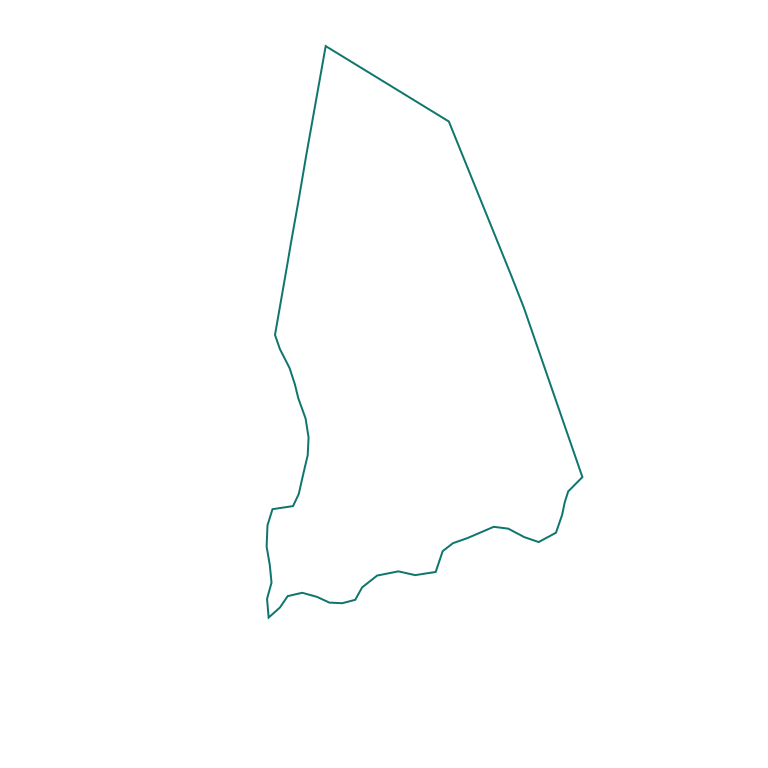 Piúma, Espírito Santo, Brazil (Mercator projection), rotated 121°
{"feature_id": "56859067B20948512760895", "entity_name": "Piúma", "entity_type": "district", "adm_level": 2, "iso_a3": "BRA", "parent_name": "Brazil", "parent_adm1": "Espírito Santo", "projection": "mercator", "projection_center": [-40.744, -20.839], "detail": "fine", "context": "isolated", "style": "outline", "palette": "teal", "viewbox_px": 768, "rotation_deg": 121, "n_neighbors": 0, "source": "geoboundaries", "source_scale": "gbopen_adm2", "svg_char_len": 778}
<svg xmlns="http://www.w3.org/2000/svg" viewBox="0 0 768 768"><g transform="rotate(121 384 384)"><path d="M361.6,166.0L246.5,303.5L224.9,331.6L125.6,463.6L124.4,608.0L228.9,568.1L269.8,552.1L311.3,536.3L329.4,529.2L398.1,502.7L407.7,491.2L419.0,473.1L430.2,460.2L440.3,450.2L454.0,433.4L468.7,421.1L484.4,412.7L504.1,406.4L522.2,400.4L535.5,399.1L548.7,415.1L565.1,411.1L583.8,400.9L597.8,388.8L612.2,378.1L628.4,373.6L643.6,362.6L629.2,358.1L615.4,357.3L605.1,346.6L601.0,331.9L599.5,318.2L593.4,306.9L583.8,297.5L569.6,298.0L551.7,291.2L537.2,275.2L531.8,258.9L518.5,242.9L497.0,247.6L484.9,242.9L473.2,233.2L449.9,216.4L444.0,203.0L443.0,184.9L439.8,170.0L422.9,160.0L404.5,163.9L392.5,168.1L381.2,170.8L361.6,166.0Z" fill="none" stroke="#0f766e" stroke-width="2"/></g></svg>